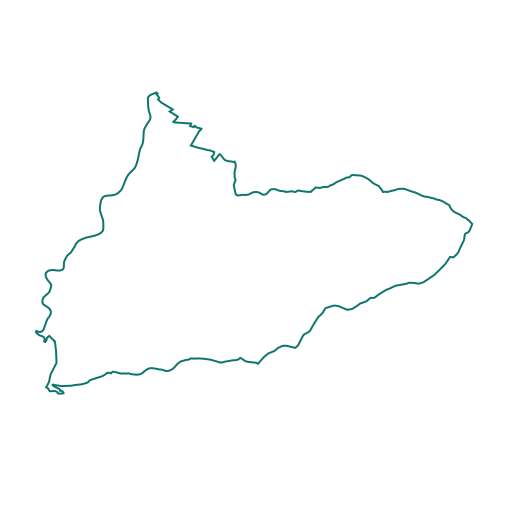 Ideciu De Jos, Mures, Romania, rotated 5°
{"feature_id": "2599482B36983639581980", "entity_name": "Ideciu De Jos", "entity_type": "district", "adm_level": 2, "iso_a3": "ROU", "parent_name": "Romania", "parent_adm1": "Mures", "projection": "robinson", "projection_center": [24.799, 46.828], "detail": "fine", "context": "isolated", "style": "outline", "palette": "teal", "viewbox_px": 512, "rotation_deg": 5, "n_neighbors": 0, "source": "geoboundaries", "source_scale": "gbopen_adm2", "svg_char_len": 6049}
<svg xmlns="http://www.w3.org/2000/svg" viewBox="0 0 512 512"><g transform="rotate(5 256 256)"><path d="M189.8,135.4L190.3,134.5L190.5,134.0L188.1,133.4L186.6,133.4L185.6,133.0L183.7,131.8L183.4,131.7L183.3,132.3L182.8,133.1L180.5,132.5L179.1,132.3L179.8,129.7L163.4,130.0L162.5,129.9L162.0,129.6L164.8,126.1L166.0,124.0L157.4,119.6L160.3,117.3L148.1,111.3L144.8,108.6L145.8,107.0L144.6,105.4L143.0,103.8L143.8,102.8L142.4,101.8L140.7,102.8L138.4,103.9L136.3,105.2L135.0,106.7L134.7,107.5L134.6,108.7L135.5,116.0L136.0,118.3L136.7,121.1L138.5,125.4L138.8,127.4L138.6,128.9L138.3,129.9L135.0,136.0L133.8,138.9L133.3,141.8L133.5,146.1L133.6,151.4L133.5,152.6L133.0,154.9L131.2,159.8L130.7,163.0L130.0,169.5L129.2,173.9L128.5,176.4L127.6,178.8L125.6,181.4L123.5,183.7L121.9,185.9L120.5,188.5L119.0,192.9L117.9,196.7L116.6,200.8L115.6,202.5L113.4,205.0L111.7,206.4L109.7,207.4L106.7,208.2L102.8,208.8L100.0,209.6L98.8,210.5L97.8,211.8L97.1,213.3L96.7,215.1L96.4,218.1L96.3,221.3L96.4,223.6L96.9,225.1L98.5,229.1L100.1,232.6L100.7,234.2L101.3,238.9L101.5,242.2L101.3,244.0L99.9,246.1L97.5,248.0L93.3,249.9L85.2,252.5L80.6,254.7L78.0,256.4L75.7,259.3L74.6,262.3L71.4,268.4L67.8,272.3L66.4,275.3L65.3,278.7L65.5,284.6L64.8,286.0L63.5,287.1L61.5,287.6L59.7,287.8L54.9,287.6L52.2,288.1L50.4,288.8L48.4,290.8L48.0,291.8L48.1,293.7L48.6,295.4L50.4,298.0L52.8,300.4L54.2,302.0L54.6,303.1L54.4,305.3L53.7,308.4L52.8,310.6L47.9,315.7L47.1,318.6L47.4,321.4L48.7,323.0L51.9,324.6L55.0,326.6L56.3,328.4L56.6,331.3L55.2,334.8L54.4,335.7L53.3,338.1L50.8,347.8L49.5,349.7L47.4,350.6L45.3,350.3L43.7,349.8L43.4,350.9L44.0,351.7L45.3,352.8L46.6,353.5L47.4,353.9L50.1,354.6L51.3,355.1L52.2,356.1L52.7,357.0L52.7,357.9L52.4,359.6L53.6,360.0L54.6,358.1L54.8,355.9L57.0,353.6L59.3,355.6L62.9,358.4L62.6,358.8L62.9,359.0L63.3,359.6L65.1,368.2L66.2,376.6L66.5,379.6L66.4,380.3L61.8,391.5L60.7,399.8L58.4,405.2L60.4,406.0L62.2,408.6L63.4,408.6L66.9,408.0L68.8,408.4L70.3,409.2L70.6,410.2L73.4,410.2L76.2,409.5L76.0,408.7L75.2,407.9L74.3,407.4L73.7,407.2L72.6,407.3L72.5,406.3L71.7,405.6L69.7,404.9L66.6,403.7L64.5,402.3L64.7,401.9L65.6,401.8L67.3,402.2L70.8,402.3L72.1,402.5L73.8,402.5L83.3,401.3L87.5,400.2L93.6,399.0L95.6,398.3L97.3,397.5L99.2,396.8L99.8,396.4L100.0,395.8L100.5,395.1L101.9,393.9L105.0,392.6L113.4,389.1L115.4,387.7L116.9,386.5L117.4,385.8L118.2,385.4L119.1,385.1L120.7,385.3L121.6,385.6L123.2,383.8L125.7,383.8L129.6,384.6L132.2,384.9L134.8,384.4L136.4,384.6L137.6,384.3L138.7,384.2L139.7,384.0L141.4,384.5L145.6,384.7L147.9,384.6L149.9,384.2L151.4,383.6L152.2,383.2L156.5,379.0L158.2,377.9L160.2,377.0L162.1,376.8L165.1,376.9L168.7,377.4L172.0,377.4L176.2,378.4L177.5,378.4L178.3,378.3L181.1,377.0L182.7,375.8L184.6,373.9L187.0,370.4L189.4,368.3L190.5,367.5L192.7,366.6L193.0,366.6L195.1,365.7L195.5,365.7L196.7,365.3L197.6,365.2L198.6,364.7L200.0,363.7L203.6,363.6L208.0,363.0L212.5,362.9L219.2,363.2L226.3,364.5L228.4,365.1L231.0,365.2L235.1,363.7L238.7,362.9L240.7,362.2L244.9,361.5L247.5,360.6L249.2,358.8L252.3,360.4L254.7,361.8L258.2,362.2L264.4,362.3L266.3,362.6L267.3,363.2L273.1,355.5L276.7,352.0L282.3,349.2L284.0,347.7L285.9,345.7L288.1,344.5L289.9,343.4L292.6,342.8L295.3,342.9L302.2,344.0L303.3,344.0L305.9,341.0L309.6,331.7L310.5,330.2L315.7,326.6L316.6,325.2L320.0,317.8L323.4,311.2L325.3,309.4L327.3,307.0L328.4,304.5L329.7,302.1L331.1,301.3L337.0,298.9L339.0,298.5L343.2,298.8L345.8,299.8L351.8,301.7L353.2,301.1L354.2,301.0L356.5,300.3L361.4,296.6L364.1,294.1L366.7,293.1L369.6,291.6L370.6,290.9L373.1,288.3L373.9,287.8L374.4,287.6L376.9,287.5L377.8,287.1L381.3,283.9L388.6,278.4L392.0,276.8L394.5,275.2L397.8,273.4L407.8,270.7L410.6,269.4L413.1,269.1L415.9,269.1L420.6,269.4L425.0,267.6L429.7,263.9L435.6,259.0L440.0,253.9L445.4,247.3L449.4,240.0L452.3,240.2L453.0,239.9L453.5,239.5L454.5,238.2L455.5,237.2L456.9,235.3L457.3,234.4L458.3,231.2L461.6,222.6L462.0,220.6L462.0,217.8L462.3,215.9L462.9,215.3L465.5,213.8L466.6,211.9L468.1,207.2L468.6,205.2L466.4,203.4L465.0,201.9L463.9,201.5L463.2,201.1L463.0,200.6L462.6,200.3L458.5,198.9L456.2,197.4L454.9,196.8L450.5,195.2L448.7,194.2L447.6,193.4L445.5,191.1L444.5,189.2L444.3,188.7L436.5,185.0L433.4,184.1L433.1,184.3L432.3,184.2L429.7,183.7L428.2,183.2L426.5,182.9L425.8,182.9L425.6,183.0L423.3,182.3L421.6,182.1L419.3,182.2L418.6,182.1L416.0,181.4L408.7,178.7L407.6,178.7L405.1,178.0L404.6,178.0L398.3,176.2L395.4,176.3L392.0,176.8L387.8,178.6L386.2,179.0L383.0,180.1L381.6,180.8L379.0,180.7L377.0,181.2L376.6,180.8L376.2,180.0L374.9,178.5L373.9,177.5L372.3,175.6L367.4,173.8L365.7,172.8L362.4,170.3L361.0,169.5L359.2,168.7L355.8,167.3L352.6,166.7L348.4,166.9L346.2,166.8L345.2,166.9L344.0,167.3L343.4,167.9L343.0,168.8L342.5,169.2L341.4,169.6L339.6,169.9L337.8,170.9L336.9,171.7L336.1,171.9L335.5,172.2L334.8,172.7L329.6,175.5L327.1,177.6L325.5,178.5L324.3,178.9L322.7,180.2L321.0,181.1L319.5,181.1L317.8,181.5L316.5,181.6L315.6,181.8L314.9,182.3L314.0,182.6L309.3,182.6L308.4,183.9L306.9,185.2L306.0,186.1L305.4,187.2L302.6,187.6L295.3,187.4L293.4,187.1L292.6,187.1L291.6,187.3L290.0,188.6L289.5,188.8L289.0,188.9L286.9,188.5L286.0,188.4L280.5,189.6L278.2,189.1L274.9,189.1L273.3,188.9L269.8,187.9L268.9,187.8L267.2,187.9L266.0,188.1L264.4,188.8L263.5,190.0L261.9,192.3L260.5,193.7L258.2,194.3L256.3,193.9L254.5,192.9L252.5,192.3L249.9,192.2L247.3,192.9L245.6,193.9L243.6,195.3L240.7,196.1L237.7,196.2L232.8,197.3L230.8,196.7L230.5,196.2L229.9,194.8L228.3,189.4L227.8,188.2L227.8,186.4L229.0,182.3L228.8,181.4L228.2,180.3L228.0,179.9L227.8,178.7L227.8,177.8L227.4,176.1L227.3,175.6L227.5,173.3L227.4,172.0L227.8,170.9L227.9,170.5L228.0,167.4L227.9,166.9L226.5,163.9L226.0,164.1L224.7,164.2L223.1,164.0L220.5,164.0L219.0,163.6L218.3,163.7L217.6,163.5L216.3,162.9L212.5,158.9L211.1,157.7L210.5,158.2L209.3,159.8L207.3,163.0L206.0,164.8L203.2,160.8L203.9,160.3L204.6,159.2L204.9,158.4L205.2,157.6L205.3,156.1L200.7,154.7L200.3,154.8L199.1,154.8L192.9,153.7L189.9,153.4L186.4,152.7L181.5,151.6L188.8,136.0L189.3,135.8L189.8,135.4Z" fill="none" stroke="#0f766e" stroke-width="2"/></g></svg>